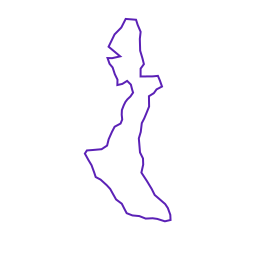 outline of Evrychou, Nicosia, Cyprus, rotated 337°
{"feature_id": "46923920B84453805319018", "entity_name": "Evrychou", "entity_type": "district", "adm_level": 2, "iso_a3": "CYP", "parent_name": "Cyprus", "parent_adm1": "Nicosia", "projection": "equal_earth", "projection_center": [32.917, 35.056], "detail": "fine", "context": "isolated", "style": "outline", "palette": "violet", "viewbox_px": 256, "rotation_deg": 337, "n_neighbors": 0, "source": "geoboundaries", "source_scale": "gbopen_adm2", "svg_char_len": 1162}
<svg xmlns="http://www.w3.org/2000/svg" viewBox="0 0 256 256"><g transform="rotate(337 128 128)"><path d="M168.5,26.7L161.1,32.9L152.2,36.6L141.9,45.6L148.8,59.0L140.6,57.5L136.5,55.6L136.1,61.7L137.5,66.3L136.9,73.3L137.2,79.4L135.0,84.3L140.0,85.2L145.6,84.3L147.6,89.2L146.8,94.4L146.5,97.4L142.6,99.9L138.6,101.4L135.8,103.0L133.0,105.4L129.4,109.1L127.4,113.3L126.0,117.9L122.9,121.0L116.2,121.6L111.7,125.3L105.8,130.8L101.9,136.0L95.4,137.2L86.7,134.4L81.4,132.6L78.3,134.7L79.1,142.3L79.9,148.0L79.5,155.7L79.1,160.5L82.6,164.8L86.1,172.4L87.8,177.2L88.3,182.0L89.1,189.1L92.7,195.3L93.1,201.1L93.5,205.9L97.9,210.2L104.0,213.5L108.9,218.3L115.4,220.7L119.4,223.1L125.5,228.3L131.2,229.3L133.0,224.5L133.4,217.3L132.5,212.5L130.4,208.2L126.4,200.1L126.0,193.4L124.7,184.3L122.9,174.3L127.7,167.6L129.9,161.9L129.5,155.2L131.7,148.5L133.9,141.8L138.2,136.6L142.6,128.9L146.6,125.6L150.1,122.2L155.8,116.5L159.7,106.9L165.4,106.0L169.4,103.6L175.5,103.1L175.9,96.9L175.9,91.7L171.1,90.2L159.7,85.5L162.8,78.3L167.6,75.4L168.5,69.7L169.4,61.6L173.7,50.6L177.2,44.4L177.2,36.7L177.7,31.5L168.5,26.7Z" fill="none" stroke="#5b21b6" stroke-width="2"/></g></svg>